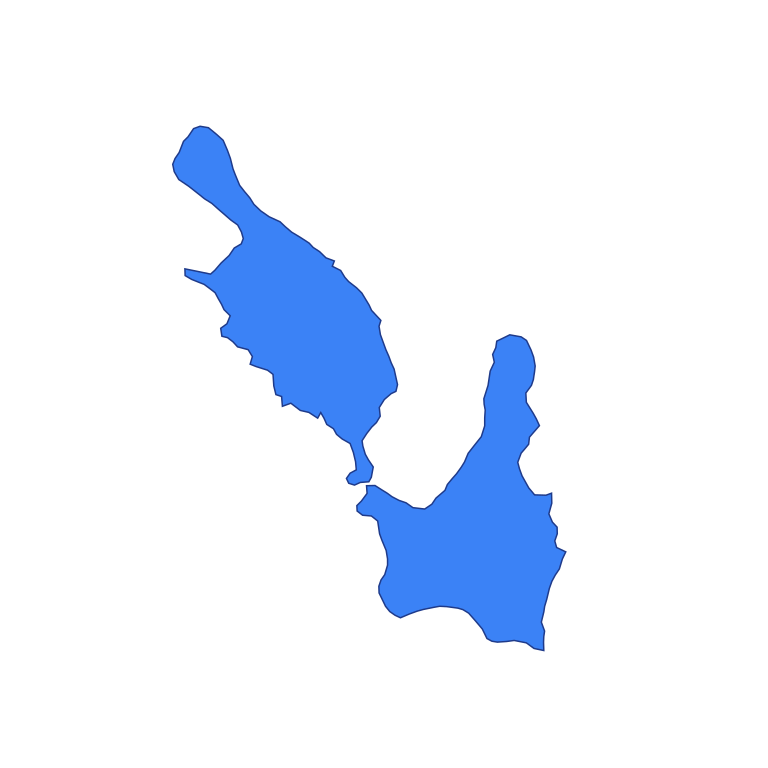 Aigialousa, Cyprus (orthographic projection), rotated 250°
{"feature_id": "46923920B6502915475397", "entity_name": "Aigialousa", "entity_type": "district", "adm_level": 2, "iso_a3": "CYP", "parent_name": "Cyprus", "parent_adm1": "", "projection": "orthographic", "projection_center": [34.239, 35.544], "detail": "fine", "context": "isolated", "style": "filled", "palette": "blue", "viewbox_px": 768, "rotation_deg": 250, "n_neighbors": 0, "source": "geoboundaries", "source_scale": "gbopen_adm2", "svg_char_len": 3117}
<svg xmlns="http://www.w3.org/2000/svg" viewBox="0 0 768 768"><g transform="rotate(250 384 384)"><path d="M294.4,332.8L287.0,330.7L281.7,322.7L279.0,316.9L273.8,315.3L268.0,319.0L264.3,327.0L257.4,331.2L244.7,328.6L237.9,328.6L226.8,329.1L218.4,327.5L212.6,325.4L204.6,319.5L200.9,314.2L195.7,310.0L189.3,307.9L179.8,308.9L174.6,309.4L168.2,311.6L162.9,315.3L158.7,319.5L159.2,329.1L159.2,337.5L158.7,343.9L157.1,354.5L156.1,360.3L153.4,366.7L148.1,376.8L145.0,381.0L139.7,385.2L130.2,388.9L120.1,392.6L109.6,393.7L105.4,397.4L102.7,402.2L100.1,411.2L98.5,418.6L92.1,429.2L84.2,434.5L78.9,443.0L86.8,445.6L92.1,447.8L96.9,450.4L106.4,450.4L115.3,456.3L120.1,458.9L125.9,463.2L135.4,469.5L141.2,474.3L145.9,479.6L150.2,485.5L158.6,491.8L164.1,497.4L171.3,490.3L178.1,490.8L184.0,495.6L190.3,497.7L196.6,495.0L205.6,494.5L214.6,500.9L224.1,504.1L224.1,498.2L228.3,487.6L236.8,484.5L250.5,482.3L257.9,482.3L264.7,482.9L272.1,489.2L274.8,494.0L277.9,499.3L284.3,502.5L291.7,515.8L299.1,515.2L305.4,514.2L318.1,511.5L327.0,514.2L332.3,522.1L337.1,525.9L340.3,527.6L343.9,529.6L349.2,532.2L358.2,533.8L365.6,533.8L376.2,532.8L381.4,529.0L387.2,519.0L386.4,511.6L385.7,504.6L379.9,501.5L374.6,496.2L366.7,495.1L359.8,488.2L347.1,481.3L336.0,472.8L330.8,471.2L324.9,470.2L317.6,467.0L310.2,464.3L301.2,457.4L295.4,447.9L290.1,439.4L283.2,433.0L279.5,428.3L274.8,421.4L271.6,415.5L267.9,409.2L263.2,404.9L259.0,393.8L254.7,387.9L252.6,379.5L257.9,368.9L264.8,364.1L269.5,358.3L275.3,353.0L280.1,349.8L284.8,346.1L291.7,340.8L294.4,332.8ZM516.6,379.4L522.4,372.6L530.3,368.8L536.6,364.1L541.9,361.9L550.3,355.6L558.2,349.2L565.6,345.0L572.0,341.8L580.4,333.3L588.8,327.4L597.3,323.2L604.7,321.6L609.7,319.8L612.1,318.9L620.0,316.3L631.6,315.8L637.9,315.7L648.5,316.8L656.9,316.8L668.0,316.2L675.9,312.0L684.9,306.7L689.1,299.3L689.1,292.4L683.3,284.4L680.6,278.6L671.6,270.7L667.4,264.8L662.7,260.6L655.3,259.5L646.3,261.1L636.8,268.0L625.7,274.9L619.4,278.7L612.6,284.0L605.7,287.7L590.4,296.2L583.5,300.9L575.6,302.0L568.8,301.5L564.5,297.8L563.0,289.8L557.7,282.4L553.4,272.3L548.7,263.9L546.6,258.6L554.5,245.8L560.3,236.3L553.9,234.2L548.1,239.0L542.9,244.8L539.2,249.0L534.4,252.2L527.6,256.5L520.7,257.5L514.4,258.6L508.6,259.1L500.7,262.8L494.3,257.0L492.2,249.6L484.3,248.0L481.1,252.8L475.3,256.5L469.0,259.1L462.7,268.1L454.8,269.7L448.4,265.0L444.2,269.7L436.8,279.3L431.0,283.0L419.9,279.8L411.0,278.8L407.3,283.5L397.8,280.9L397.8,289.9L387.8,296.3L383.0,303.7L374.6,310.0L378.8,314.8L372.5,315.9L365.6,316.4L359.3,321.2L352.9,322.2L346.6,325.9L339.7,331.8L330.2,331.8L320.7,330.7L312.8,328.6L311.8,321.7L308.1,316.4L302.8,316.9L299.1,321.7L299.6,328.1L297.3,336.3L300.7,340.2L309.7,345.5L318.1,343.4L324.4,342.4L332.9,342.9L338.2,344.0L343.4,350.9L347.7,357.7L350.3,363.6L355.0,369.4L363.5,371.5L369.3,379.0L372.5,387.4L373.0,392.7L378.8,396.5L394.6,398.6L401.5,398.0L408.4,398.0L415.7,397.5L426.3,397.5L431.6,397.5L440.0,399.1L444.8,402.8L457.4,397.5L463.3,397.0L477.0,394.3L483.8,391.1L492.3,385.8L497.6,383.7L505.5,382.1L512.3,375.7L516.6,379.4Z" fill="#3b82f6" stroke="#1e3a8a" stroke-width="1.5"/></g></svg>